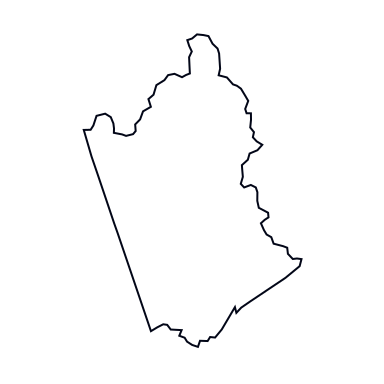 the district of Lagoa do Ouro, Pernambuco, Brazil, rotated 166°
{"feature_id": "56859067B65394251684100", "entity_name": "Lagoa do Ouro", "entity_type": "district", "adm_level": 2, "iso_a3": "BRA", "parent_name": "Brazil", "parent_adm1": "Pernambuco", "projection": "robinson", "projection_center": [-36.48, -9.167], "detail": "fine", "context": "isolated", "style": "outline", "palette": "ink", "viewbox_px": 384, "rotation_deg": 166, "n_neighbors": 0, "source": "geoboundaries", "source_scale": "gbopen_adm2", "svg_char_len": 1464}
<svg xmlns="http://www.w3.org/2000/svg" viewBox="0 0 384 384"><g transform="rotate(166 192 192)"><path d="M149.0,343.7L154.8,340.9L159.8,340.5L159.4,334.3L158.2,328.4L162.2,323.5L164.1,314.1L165.4,307.5L169.4,307.0L173.9,305.8L180.4,310.9L186.9,311.2L191.7,307.2L200.7,304.3L205.8,295.7L211.8,292.7L211.3,284.6L220.0,282.1L224.8,275.0L230.8,271.3L231.9,264.8L235.2,262.4L242.4,262.4L245.9,264.8L253.5,268.3L252.3,272.5L251.7,277.5L252.7,284.3L257.3,289.0L266.2,289.0L271.6,280.4L275.3,276.9L282.0,278.4L280.9,250.8L279.2,231.1L275.1,180.4L274.1,170.1L268.6,104.3L265.5,66.9L258.4,69.1L251.9,70.6L248.2,69.1L245.9,63.7L235.5,60.5L239.1,55.6L234.4,52.4L233.0,48.0L228.9,43.6L223.7,40.3L220.2,45.7L212.9,43.6L209.5,46.9L204.8,45.2L196.4,51.4L178.2,69.9L178.2,64.0L172.2,67.9L161.8,71.8L122.1,86.1L105.5,94.0L102.0,100.4L106.3,102.1L110.4,102.6L113.9,108.8L113.1,114.9L116.7,117.4L125.3,122.1L126.0,129.0L129.9,132.7L131.4,137.6L132.7,145.0L128.2,147.4L123.9,148.9L123.2,153.5L131.0,160.5L130.8,167.6L128.6,176.0L129.0,181.0L133.2,184.6L140.3,183.8L142.7,188.1L139.0,194.4L137.9,201.3L137.1,206.0L130.0,209.8L126.8,215.4L118.4,216.7L112.4,220.8L117.0,225.5L119.7,230.4L117.4,235.1L119.9,240.5L117.3,247.7L115.8,254.1L120.0,255.2L120.3,259.7L115.4,266.8L117.0,272.3L119.5,280.4L122.8,284.3L126.2,286.5L130.4,294.7L137.9,298.8L134.9,304.8L132.2,319.8L132.5,325.0L136.2,330.9L138.3,339.3L142.9,341.5L149.0,343.7Z" fill="none" stroke="#020617" stroke-width="2"/></g></svg>